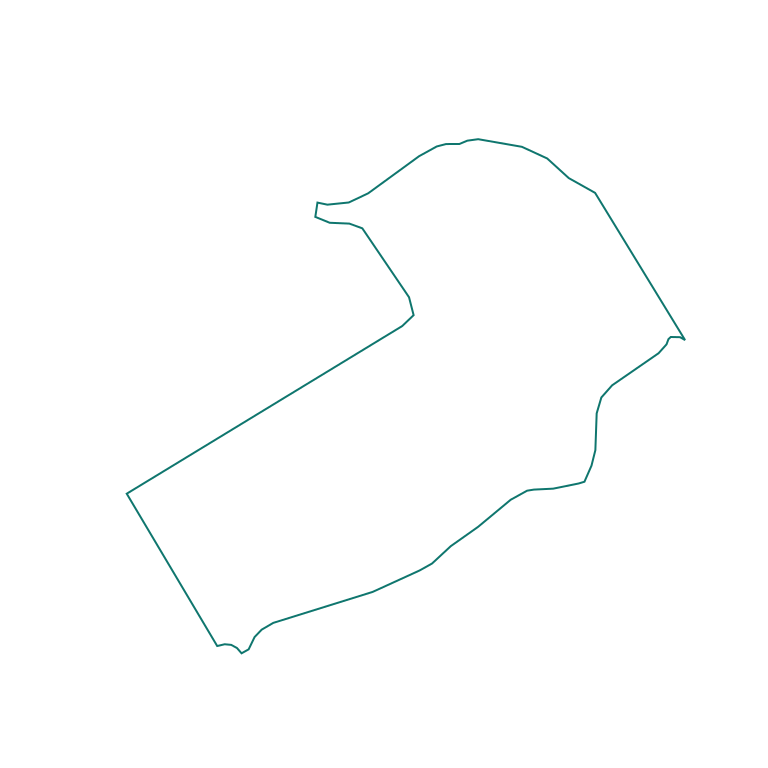 the Highly Urbanized City of Davao, rotated 238°
{"feature_id": "PHL-5528", "entity_name": "Davao", "entity_type": "Highly Urbanized City", "adm_level": 1, "iso_a3": "PHL", "parent_name": "Philippines", "parent_adm1": "", "projection": "natural_earth1", "projection_center": [125.415, 7.306], "detail": "fine", "context": "isolated", "style": "outline", "palette": "teal", "viewbox_px": 768, "rotation_deg": 238, "n_neighbors": 0, "source": "natural_earth", "source_scale": "10m", "svg_char_len": 838}
<svg xmlns="http://www.w3.org/2000/svg" viewBox="0 0 768 768"><g transform="rotate(238 384 384)"><path d="M573.1,423.7L573.0,423.8L566.1,431.0L556.6,450.3L554.1,471.6L558.6,534.6L557.5,554.6L554.6,563.8L547.6,575.1L546.2,583.6L541.7,593.6L512.1,626.6L488.8,641.9L460.7,649.8L434.2,664.3L261.7,662.6L266.8,659.9L271.9,652.1L271.3,649.0L267.9,644.6L264.6,633.2L262.0,576.8L257.4,561.2L246.4,548.8L215.9,528.2L204.8,516.7L194.9,502.2L196.5,496.3L205.6,472.0L215.0,455.2L217.7,448.8L218.7,430.1L213.0,388.0L211.1,354.7L206.3,329.6L207.0,315.4L213.7,264.2L240.1,163.5L240.5,150.1L238.0,140.2L230.7,128.6L231.1,120.5L238.0,119.4L243.7,116.2L243.8,116.1L247.7,111.0L250.2,103.7L427.3,107.7L423.5,430.2L426.7,445.6L444.3,451.2L527.5,448.1L538.4,439.6L549.5,423.4L562.1,414.3L573.1,423.7Z" fill="none" stroke="#0f766e" stroke-width="2"/></g></svg>